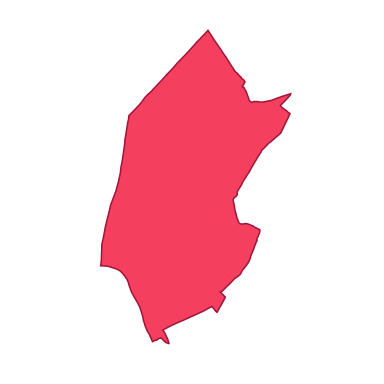 Binh Minh, Vĩnh Long, Vietnam, rotated 41°
{"feature_id": "81297802B92843974613199", "entity_name": "Binh Minh", "entity_type": "district", "adm_level": 2, "iso_a3": "VNM", "parent_name": "Vietnam", "parent_adm1": "Vĩnh Long", "projection": "natural_earth1", "projection_center": [105.858, 10.046], "detail": "fine", "context": "isolated", "style": "filled", "palette": "rose", "viewbox_px": 384, "rotation_deg": 41, "n_neighbors": 0, "source": "geoboundaries", "source_scale": "gbopen_adm2", "svg_char_len": 4730}
<svg xmlns="http://www.w3.org/2000/svg" viewBox="0 0 384 384"><g transform="rotate(41 192 192)"><path d="M214.5,68.5L212.0,68.8L210.4,68.6L205.9,69.1L203.5,69.1L202.0,69.0L202.2,65.6L202.3,63.1L202.6,58.5L202.6,56.9L202.6,55.1L202.5,54.3L202.0,53.1L201.6,53.8L199.4,57.2L198.3,59.0L195.7,63.5L193.7,67.2L192.2,70.1L190.8,72.1L189.4,73.9L186.2,77.9L184.4,79.4L182.0,80.9L180.1,82.4L179.4,83.1L178.9,84.0L178.7,84.6L178.2,85.0L177.1,85.4L175.9,85.4L174.9,85.2L172.8,83.9L167.8,81.1L166.5,80.4L165.3,80.1L164.0,79.6L162.8,79.1L162.2,79.0L161.1,79.5L160.8,79.4L160.6,79.0L160.5,77.8L160.4,76.7L159.9,75.3L159.9,74.3L159.8,74.1L159.3,74.0L158.7,73.8L158.5,73.7L158.2,73.6L157.9,73.6L157.5,73.5L157.1,73.5L156.4,73.6L155.7,73.7L155.3,73.8L155.0,73.8L154.8,73.7L154.0,73.3L153.7,73.1L153.1,73.1L152.2,73.3L151.7,73.4L151.4,73.4L150.8,73.1L150.3,72.9L149.9,72.8L149.2,72.8L148.1,72.7L147.0,72.7L145.7,72.7L144.8,72.6L143.6,72.2L142.0,71.7L140.5,71.3L137.7,70.5L135.4,69.8L133.9,69.3L131.5,68.7L129.8,68.1L128.5,67.7L127.5,67.6L124.1,66.7L121.6,65.9L121.1,65.7L117.5,64.9L115.8,64.4L114.6,64.1L110.2,63.0L108.3,62.5L107.8,62.3L104.1,61.2L101.6,60.5L101.0,60.4L98.0,59.5L98.0,61.2L97.8,65.4L97.6,70.3L97.5,71.7L97.2,76.3L97.3,80.0L97.2,83.8L97.0,91.9L96.8,95.0L96.3,103.7L96.3,106.8L96.3,111.9L96.1,115.8L95.9,119.2L95.8,127.7L95.6,132.0L95.3,139.8L95.3,141.9L94.6,147.6L94.5,152.1L94.8,155.5L95.1,157.2L95.0,158.4L95.1,160.3L94.9,164.1L94.6,171.5L94.2,175.6L96.7,179.3L97.7,181.4L100.4,185.7L107.4,197.0L108.3,198.0L109.8,200.2L111.5,202.8L119.2,214.7L121.8,219.4L125.5,224.8L129.6,232.3L132.0,237.2L134.0,241.4L137.2,250.0L138.9,254.8L142.6,261.7L144.8,266.1L145.0,266.6L149.2,274.7L152.1,279.6L155.6,285.5L158.2,290.5L168.5,303.2L171.5,307.6L174.8,305.0L177.2,303.3L180.0,302.0L184.9,299.9L187.2,299.2L188.8,298.8L191.0,298.8L193.2,299.0L196.3,299.6L198.3,300.1L200.5,300.7L201.8,301.3L202.9,301.8L205.8,303.8L208.6,305.3L210.6,306.5L213.1,307.7L215.0,308.3L217.2,309.2L219.6,309.9L222.0,310.8L224.1,311.5L228.3,313.2L231.5,315.2L234.2,316.8L237.2,318.9L239.5,320.7L241.5,321.9L245.0,324.1L249.7,326.4L253.9,327.7L255.4,328.5L257.2,329.3L259.7,330.6L259.9,330.7L260.3,330.9L261.4,328.4L262.4,327.1L263.0,325.2L263.1,324.2L263.6,323.5L264.1,323.0L264.7,322.6L264.9,322.5L265.0,322.4L265.3,322.4L265.5,322.5L266.7,322.6L267.7,322.7L268.7,322.8L269.6,322.7L270.5,322.7L271.0,322.7L271.7,322.5L272.7,322.1L273.5,321.9L273.9,321.7L274.0,321.6L274.0,321.4L271.5,319.7L268.6,318.3L266.9,317.6L265.0,316.7L263.1,315.9L260.6,315.2L262.8,309.4L263.4,307.9L265.7,302.7L266.5,300.9L269.0,295.7L269.7,294.3L272.2,288.8L272.9,287.1L275.5,281.7L276.2,280.0L278.5,275.0L279.4,272.6L281.0,268.2L281.6,266.8L282.4,265.2L283.1,265.5L283.7,265.6L285.1,265.8L286.4,266.1L287.5,266.3L288.6,266.4L289.8,266.4L289.7,265.4L288.7,261.3L288.4,259.4L287.4,254.6L287.0,252.9L286.6,251.2L286.5,250.4L286.2,249.8L286.0,249.4L283.9,249.3L280.9,249.0L279.0,249.1L279.4,248.1L280.0,246.6L280.0,244.7L280.3,241.0L280.3,240.0L280.7,237.6L280.8,234.1L280.9,232.7L280.9,230.2L281.1,229.2L281.6,227.0L282.0,225.6L282.3,224.1L282.4,223.0L282.4,222.0L281.9,219.7L281.5,218.8L281.4,218.0L281.4,215.5L281.2,213.2L281.2,212.0L281.0,210.2L280.8,208.3L280.4,206.6L280.1,205.7L279.7,204.6L279.3,203.5L278.8,202.5L278.3,201.6L277.7,200.1L277.4,198.8L276.7,196.8L275.7,193.8L275.3,192.8L274.7,191.5L274.3,190.1L273.9,189.2L273.4,187.6L272.8,185.9L272.7,185.5L272.5,185.3L272.2,185.2L271.8,185.0L271.5,184.8L271.4,184.3L271.3,183.6L271.2,182.8L271.1,182.4L271.1,182.2L270.8,181.5L270.5,181.0L270.4,180.6L270.1,179.5L269.8,178.5L268.0,175.9L267.0,176.2L265.4,176.6L263.3,177.2L261.4,177.5L260.6,177.5L259.6,177.9L258.6,178.3L257.8,178.5L256.2,179.0L254.5,179.8L253.8,180.1L253.4,180.4L252.2,181.8L251.0,183.1L250.3,183.8L249.1,184.4L248.4,184.5L247.2,184.2L245.4,183.3L243.2,182.1L241.6,181.1L239.3,179.4L238.4,178.8L237.0,178.0L235.4,176.7L233.5,175.0L231.7,173.6L230.6,172.8L229.3,172.0L228.6,171.5L228.1,170.8L227.8,170.0L227.7,169.3L227.6,169.0L227.7,168.6L227.9,167.3L228.1,166.6L228.2,165.5L228.1,165.2L228.0,164.6L227.7,164.0L227.1,163.5L226.4,162.7L226.0,161.9L225.6,160.2L225.5,159.3L225.2,157.3L225.2,156.9L225.0,156.2L224.7,154.2L224.4,153.4L223.8,151.2L223.5,150.2L223.3,148.4L223.2,147.9L222.9,145.3L222.8,144.7L222.6,144.0L222.4,142.4L222.3,141.4L222.1,139.6L222.0,139.0L221.4,136.5L221.2,135.6L220.7,133.5L220.6,132.5L220.2,130.5L220.1,129.9L219.6,127.3L219.5,126.4L219.1,124.3L218.9,123.4L218.6,121.2L218.4,120.0L218.1,118.3L217.9,116.6L217.6,115.4L217.3,114.8L217.3,114.5L217.5,112.9L217.9,105.1L218.5,102.5L219.6,94.2L220.1,91.4L220.3,89.2L218.5,82.8L217.9,80.6L215.8,72.6L215.0,70.3L214.9,69.9L214.5,68.5Z" fill="#f43f5e" stroke="#9f1239" stroke-width="1.5"/></g></svg>